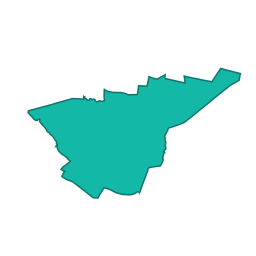 the district of Tlahuelilpan, Hidalgo, Mexico, rotated 190°
{"feature_id": "50627088B50074216584912", "entity_name": "Tlahuelilpan", "entity_type": "district", "adm_level": 2, "iso_a3": "MEX", "parent_name": "Mexico", "parent_adm1": "Hidalgo", "projection": "equal_earth", "projection_center": [-99.217, 20.13], "detail": "fine", "context": "isolated", "style": "filled", "palette": "teal", "viewbox_px": 256, "rotation_deg": 190, "n_neighbors": 0, "source": "geoboundaries", "source_scale": "gbopen_adm2", "svg_char_len": 3901}
<svg xmlns="http://www.w3.org/2000/svg" viewBox="0 0 256 256"><g transform="rotate(190 128 128)"><path d="M145.3,54.0L144.8,56.2L141.2,65.0L137.4,64.6L134.2,64.0L132.0,63.3L129.5,62.5L128.8,62.2L127.5,62.2L125.9,61.9L121.8,61.6L119.9,61.9L116.0,62.3L113.0,63.0L110.3,64.4L109.3,65.3L107.4,66.9L107.0,67.0L106.5,66.9L106.0,66.6L105.7,66.3L105.4,66.0L104.2,72.8L103.2,78.6L102.4,82.5L101.4,88.1L101.2,89.1L101.2,89.8L101.2,90.4L101.2,90.6L101.2,90.9L101.2,91.3L101.2,91.9L99.6,92.8L99.3,93.0L98.6,93.3L97.7,93.6L96.6,94.0L96.2,94.1L95.2,94.5L94.6,94.7L93.8,95.0L93.4,95.2L92.6,95.4L92.5,95.5L91.9,95.5L91.5,95.6L90.8,95.9L90.1,96.0L89.7,96.2L89.5,96.5L89.3,96.7L89.2,97.0L88.9,98.0L88.6,98.9L88.4,99.7L88.2,100.6L88.0,101.6L88.0,101.9L87.9,102.5L87.9,102.8L88.0,103.3L88.2,103.9L88.5,103.9L88.5,104.2L88.5,105.6L88.5,106.0L88.4,107.3L88.3,108.7L88.3,110.0L88.6,110.7L88.2,110.6L88.4,110.8L88.3,111.9L88.2,111.8L88.2,112.2L88.3,112.4L88.2,112.8L88.0,113.1L87.7,113.2L87.5,113.4L87.4,113.5L87.2,113.7L87.2,114.1L87.3,114.5L87.4,115.2L87.6,115.7L87.9,116.6L88.1,117.0L88.2,117.3L88.3,119.7L88.3,120.6L88.5,120.9L88.7,121.3L89.1,121.9L89.3,122.4L89.6,123.1L89.6,123.5L89.6,123.8L89.6,124.2L89.6,124.5L89.7,124.8L89.8,125.1L90.2,125.5L90.4,125.8L90.4,126.6L90.4,127.1L90.3,127.3L90.2,127.6L90.2,128.0L90.1,128.5L90.0,128.8L89.7,129.1L89.6,129.3L89.4,129.5L89.3,129.8L89.2,130.2L89.2,130.5L89.1,131.0L89.0,131.3L88.7,132.2L88.5,132.7L88.3,134.2L88.2,134.5L88.2,134.8L85.9,136.1L83.6,137.3L79.4,139.7L75.6,141.9L73.9,143.1L73.0,143.8L71.3,145.7L68.7,148.7L67.5,149.9L65.2,152.6L62.5,155.8L61.7,156.8L59.4,159.4L57.2,161.9L52.1,167.8L48.8,171.7L44.8,176.3L42.1,179.4L39.5,182.3L36.5,185.7L34.8,187.7L32.8,189.4L28.7,192.7L26.9,194.2L26.8,201.1L37.2,201.9L47.1,202.7L53.4,188.1L62.2,188.2L65.7,188.3L70.1,188.4L74.1,188.5L78.6,188.7L81.7,188.9L79.6,182.2L91.5,182.8L99.4,183.1L99.9,183.1L100.5,184.5L100.6,186.9L103.8,184.5L107.7,181.1L113.0,181.5L113.6,181.7L116.2,182.3L116.5,172.6L124.9,171.4L124.5,162.6L131.2,161.2L133.3,160.7L137.2,161.6L139.9,161.6L141.0,161.8L142.8,161.4L149.8,160.4L150.7,160.5L154.7,160.6L158.0,161.9L158.0,161.2L157.9,160.6L157.6,158.8L157.6,158.4L157.1,155.5L156.7,153.4L156.4,152.4L155.8,151.1L156.0,151.0L156.2,150.8L156.3,150.7L156.6,150.5L157.3,150.2L158.9,149.7L159.2,149.6L159.7,149.7L160.1,149.8L160.6,149.9L161.0,149.8L161.3,149.6L162.7,148.6L163.1,148.4L163.5,148.5L164.0,148.5L164.4,148.7L164.8,149.2L165.0,149.3L165.1,149.7L165.3,149.9L165.6,150.2L166.1,150.4L166.4,150.5L166.8,150.5L167.1,150.4L167.5,150.1L168.3,149.8L168.8,149.9L169.5,150.4L169.9,150.5L170.4,150.4L170.6,150.2L170.9,149.4L171.3,148.5L171.5,148.3L172.3,148.2L172.6,148.2L172.9,148.4L173.2,148.9L173.6,149.0L174.0,149.3L174.5,149.6L175.7,149.6L175.8,151.0L176.4,151.1L177.1,151.4L176.9,148.6L181.0,148.3L187.9,147.3L198.3,142.3L212.4,135.4L229.0,127.7L229.2,126.1L229.2,125.9L228.5,125.4L223.3,121.4L221.8,120.2L221.3,119.9L220.1,119.5L219.5,119.5L218.6,119.7L218.0,120.5L217.5,121.1L216.9,121.3L216.4,121.1L216.2,120.9L216.1,120.5L216.1,120.0L216.2,119.6L216.1,119.1L215.9,118.7L215.0,117.9L214.4,117.6L213.8,117.3L213.7,117.3L213.3,116.9L213.5,116.7L212.5,115.9L212.4,115.8L210.9,114.7L209.4,113.5L207.9,111.9L206.6,110.2L204.7,109.6L204.4,109.5L203.8,108.5L203.1,108.1L201.4,107.2L199.8,106.0L198.2,103.9L196.3,102.3L195.9,101.7L195.8,101.0L195.8,100.3L195.2,99.6L194.8,99.6L195.2,98.7L195.5,98.4L195.9,97.2L194.6,97.8L194.3,96.3L193.5,94.7L192.8,94.1L191.5,92.8L189.5,91.3L187.7,90.3L185.7,89.7L184.5,88.9L183.3,88.3L181.5,86.8L181.5,86.7L179.0,85.3L179.1,85.0L179.4,84.7L180.1,83.9L180.2,83.7L182.0,81.8L182.4,81.3L185.5,78.0L185.9,76.9L186.8,75.7L184.5,74.6L182.6,74.6L182.6,74.3L183.2,73.6L183.6,72.7L184.2,71.0L184.7,68.8L184.4,68.5L181.3,67.3L179.5,66.6L177.8,66.3L174.3,65.6L172.6,65.2L160.4,58.8L150.3,53.3L149.6,53.3L145.3,54.0Z" fill="#14b8a6" stroke="#0f766e" stroke-width="1.5"/></g></svg>